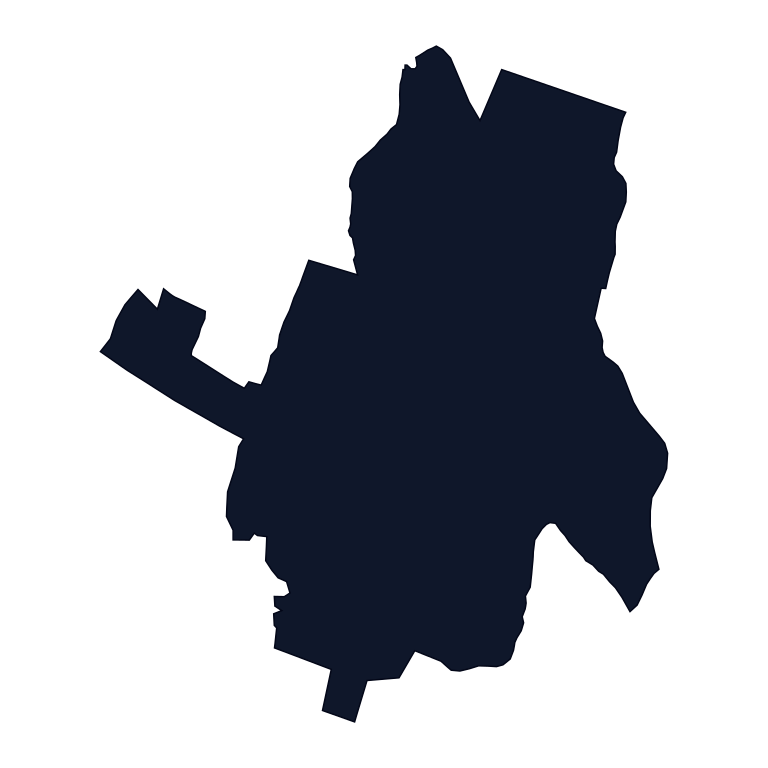 outline of Metapa, Chiapas, Mexico
{"feature_id": "50627088B53896362948042", "entity_name": "Metapa", "entity_type": "district", "adm_level": 2, "iso_a3": "MEX", "parent_name": "Mexico", "parent_adm1": "Chiapas", "projection": "robinson", "projection_center": [-92.205, 14.822], "detail": "fine", "context": "isolated", "style": "filled", "palette": "ink", "viewbox_px": 768, "rotation_deg": 0, "n_neighbors": 0, "source": "geoboundaries", "source_scale": "gbopen_adm2", "svg_char_len": 3437}
<svg xmlns="http://www.w3.org/2000/svg" viewBox="0 0 768 768"><path d="M233.1,539.9L244.1,540.0L249.3,540.1L254.3,533.1L257.4,535.5L266.8,536.6L266.4,547.0L265.7,560.7L271.9,570.2L278.1,577.8L286.6,581.6L290.0,593.0L284.3,596.7L274.3,596.5L274.9,606.1L281.8,610.6L273.7,613.8L274.3,625.4L276.7,627.9L275.0,644.0L274.5,647.9L294.7,655.5L331.3,669.4L322.5,710.5L354.6,721.9L357.3,712.7L365.8,684.5L367.0,680.5L399.0,677.8L414.8,650.7L441.0,661.2L447.7,667.2L451.2,670.2L459.9,671.0L469.4,668.7L478.7,665.8L488.5,666.1L496.5,666.6L503.0,664.8L510.2,659.0L513.5,650.3L514.4,645.3L514.8,642.5L516.5,638.7L516.9,637.8L521.2,630.8L522.0,628.2L523.6,622.8L522.2,616.7L522.4,616.2L524.4,610.9L525.1,609.1L525.6,606.5L526.1,603.1L525.6,597.8L525.4,596.1L530.2,587.2L531.6,574.1L532.3,566.1L532.9,560.0L533.1,556.7L533.3,551.8L533.7,548.6L534.4,542.7L534.8,539.8L536.0,538.1L540.1,531.8L542.1,528.7L546.5,524.3L547.0,524.1L549.9,522.6L555.6,523.3L556.2,524.2L560.6,530.6L565.0,535.5L569.1,541.7L574.4,547.6L579.4,552.9L583.5,557.1L585.8,560.7L592.9,565.0L598.7,571.3L603.4,574.2L609.6,581.8L615.4,587.7L620.8,595.6L621.9,597.2L630.0,611.6L637.1,605.1L641.9,595.3L646.6,584.2L650.5,578.3L654.0,573.4L658.9,569.3L654.6,552.3L652.2,541.9L650.2,526.1L650.3,510.8L651.8,497.7L657.7,487.4L662.7,478.6L666.6,468.5L667.6,453.2L664.7,443.3L659.3,436.2L639.7,413.2L633.4,402.2L622.2,373.3L617.8,366.1L613.4,362.3L605.1,356.3L603.1,352.4L602.1,347.5L602.6,341.0L600.7,333.3L597.3,326.2L594.4,318.5L601.0,288.8L601.4,288.2L605.7,288.5L607.3,281.1L609.3,272.7L613.9,257.3L615.1,254.3L615.2,246.6L615.0,241.9L615.2,234.5L615.3,231.2L616.8,224.1L620.2,217.1L625.8,201.9L626.3,192.1L625.9,183.4L622.4,176.8L616.1,170.8L613.6,164.2L614.2,157.6L616.6,152.2L618.1,140.7L620.6,127.1L623.1,117.8L625.7,112.3L501.7,69.6L480.0,120.6L469.1,102.1L450.5,58.1L442.7,49.7L436.3,46.1L432.5,48.1L427.8,50.1L419.4,55.5L415.8,57.5L416.7,62.6L417.0,66.3L415.1,68.8L411.0,68.8L407.0,65.1L405.1,65.1L404.9,69.7L403.0,69.6L402.1,77.1L400.2,84.3L399.7,94.7L400.0,104.7L399.2,114.3L396.5,124.6L391.0,129.0L387.0,134.2L380.4,140.0L376.7,144.6L375.1,146.6L367.6,153.4L359.2,160.5L357.7,161.8L354.2,168.7L353.7,170.0L350.2,178.3L349.7,186.5L352.3,191.7L352.4,198.8L351.8,206.8L351.3,213.6L350.1,218.0L350.1,218.5L350.7,223.9L350.0,227.2L348.5,230.7L350.0,235.5L352.5,237.8L353.4,243.0L355.2,250.3L355.5,254.6L355.6,255.4L353.6,259.8L354.7,263.9L357.6,274.9L308.8,260.3L302.5,277.5L301.3,281.0L300.6,282.8L299.5,285.9L298.9,287.0L297.9,289.2L296.6,292.2L295.2,295.1L294.0,297.7L290.7,307.3L289.6,310.5L288.5,312.8L286.9,316.1L284.0,322.0L283.4,323.8L281.8,328.4L280.7,331.8L279.6,334.9L279.2,338.0L277.7,347.8L276.5,349.2L274.4,351.7L272.7,353.6L271.0,355.5L269.9,360.6L267.5,370.8L267.3,371.7L264.5,377.7L261.2,385.1L255.6,383.7L248.9,381.8L244.3,388.3L233.1,382.1L223.7,376.2L203.5,363.3L191.3,355.6L191.3,353.1L192.1,349.6L198.4,336.5L200.6,328.2L204.8,318.7L205.3,311.4L204.8,311.1L197.9,307.9L179.7,299.3L174.9,297.2L172.4,295.7L169.8,293.8L163.6,288.8L163.2,290.2L157.4,309.2L138.0,289.5L131.1,297.5L125.0,304.7L116.9,319.3L116.1,320.9L110.5,338.5L110.0,339.3L100.4,351.6L122.9,367.3L127.4,370.4L148.3,383.6L155.1,388.0L173.6,399.8L174.7,400.5L178.6,402.7L189.4,408.9L198.8,414.2L219.6,426.1L234.7,434.1L240.1,436.9L243.6,438.8L238.7,446.7L235.2,468.1L227.6,491.8L226.8,508.3L226.5,516.5L233.1,530.2L233.1,535.0L233.1,539.9Z" fill="#0f172a" stroke="#020617" stroke-width="1.5"/></svg>